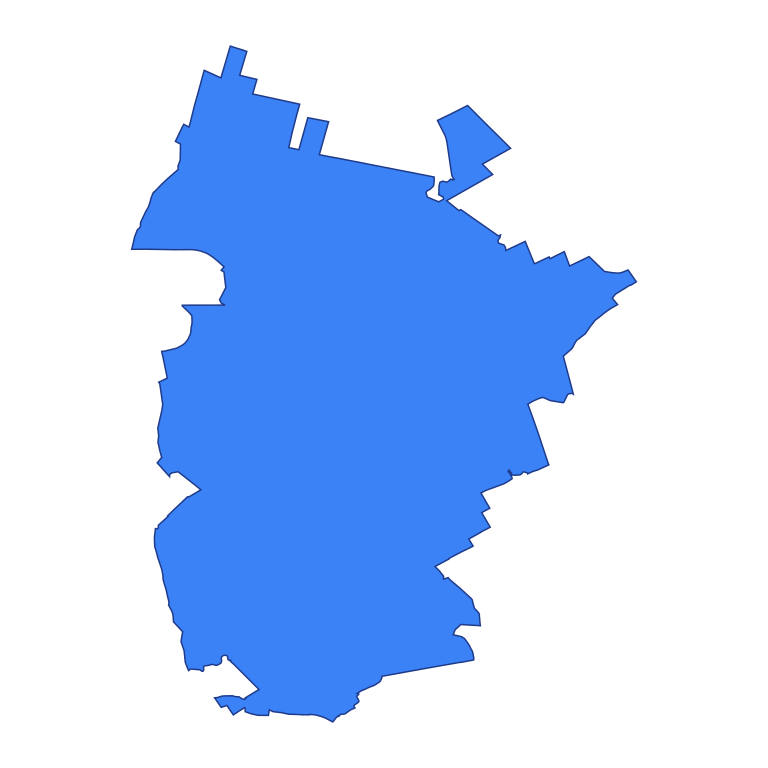 the district of Moftin, Satu Mare, Romania
{"feature_id": "2599482B73580136773052", "entity_name": "Moftin", "entity_type": "district", "adm_level": 2, "iso_a3": "ROU", "parent_name": "Romania", "parent_adm1": "Satu Mare", "projection": "equal_earth", "projection_center": [22.624, 47.677], "detail": "fine", "context": "isolated", "style": "filled", "palette": "blue", "viewbox_px": 768, "rotation_deg": 0, "n_neighbors": 0, "source": "geoboundaries", "source_scale": "gbopen_adm2", "svg_char_len": 6100}
<svg xmlns="http://www.w3.org/2000/svg" viewBox="0 0 768 768"><path d="M355.5,707.7L355.0,707.7L354.6,707.4L354.3,707.0L354.1,706.6L354.1,705.9L354.2,705.3L354.5,704.9L358.0,702.6L358.7,701.8L358.9,701.3L358.8,700.6L356.6,696.3L358.7,694.4L358.7,694.0L358.5,693.4L357.3,693.3L361.1,690.9L365.3,689.1L370.3,686.8L372.3,686.2L375.7,684.5L379.6,681.9L380.2,681.2L381.7,678.4L381.9,676.3L425.0,668.5L461.4,662.1L461.4,662.3L473.6,660.0L473.8,659.6L473.7,657.6L472.7,652.4L472.0,650.5L470.9,648.8L469.5,645.7L467.2,642.2L464.4,638.4L463.2,637.9L462.4,637.1L461.7,636.7L453.2,634.8L454.9,630.3L455.5,629.2L456.3,628.7L459.6,625.7L460.8,624.4L461.9,624.6L480.4,625.7L479.9,622.1L479.6,617.9L479.3,615.5L479.4,614.9L479.3,614.2L479.0,613.5L478.4,612.5L477.4,611.4L476.0,609.8L474.5,608.5L472.6,601.8L472.5,600.5L471.9,599.3L470.8,598.1L460.4,588.6L450.0,579.8L448.1,577.6L443.7,579.1L443.3,577.7L443.7,576.8L443.3,575.7L441.4,573.6L439.7,571.2L437.0,568.5L435.0,566.5L449.3,558.8L449.3,558.2L461.4,551.9L472.9,546.3L472.6,545.7L472.8,545.6L468.8,539.0L480.8,532.3L480.9,532.0L490.2,527.2L481.7,512.6L489.8,508.2L487.2,503.9L481.0,493.0L485.9,490.4L503.8,483.8L506.3,482.5L512.0,478.9L512.1,478.2L511.9,477.5L511.3,475.6L510.2,474.5L510.0,474.1L509.9,473.0L509.8,472.7L509.4,472.4L508.1,471.9L508.0,471.7L508.6,470.6L509.1,470.0L510.2,471.4L511.9,474.4L512.5,474.9L513.7,475.2L515.2,475.2L518.8,475.0L520.5,474.7L522.0,473.4L522.9,472.2L523.4,471.9L524.0,471.9L527.3,472.8L527.6,473.9L532.5,471.6L537.9,469.9L548.9,464.8L548.1,463.1L538.7,434.7L533.9,420.9L528.1,404.8L527.8,404.2L533.0,401.1L539.7,398.2L542.4,397.5L543.0,397.5L544.4,398.0L550.3,400.6L563.2,402.7L563.7,402.4L563.9,402.1L567.4,395.0L568.1,394.2L569.5,393.7L571.3,393.4L572.0,393.4L573.3,394.2L571.7,387.8L563.3,356.2L571.7,348.8L572.4,348.0L575.3,342.3L575.8,341.7L576.3,340.9L577.3,339.8L579.7,338.1L581.7,336.5L582.6,335.9L583.0,335.4L585.1,334.0L587.8,330.1L588.7,329.0L589.4,327.7L591.0,325.5L592.8,323.4L595.1,320.3L600.5,316.2L603.3,313.8L606.8,311.2L610.7,308.5L617.6,304.6L612.3,298.2L615.4,294.2L628.7,285.9L631.4,284.9L636.3,281.8L628.1,270.0L622.3,272.3L619.6,273.0L617.0,273.1L610.9,272.5L604.4,271.4L589.1,256.6L569.6,266.0L564.3,251.6L550.0,258.7L549.1,256.9L535.0,263.6L534.3,263.6L525.2,241.4L505.8,250.5L505.7,249.0L505.5,247.6L504.1,245.1L502.7,244.5L500.6,243.9L499.3,243.4L498.5,242.7L498.1,241.7L498.0,240.9L498.4,239.8L500.0,237.5L500.5,235.0L498.5,236.0L473.0,218.2L462.9,211.0L460.7,209.6L458.9,210.6L446.6,200.7L492.7,174.5L482.4,164.1L510.6,148.3L489.1,127.0L467.6,105.5L448.3,115.2L437.5,120.4L437.5,120.6L444.9,135.2L446.2,138.7L447.1,143.3L451.5,173.3L452.0,175.8L452.5,176.8L453.2,178.2L454.2,179.4L452.8,180.0L452.3,179.6L451.4,179.5L450.9,179.1L450.6,179.1L449.0,180.9L446.9,182.2L442.6,181.2L440.0,182.3L439.8,182.9L439.4,184.2L439.0,186.9L438.9,192.3L438.7,194.7L442.9,196.9L443.5,198.0L443.6,198.6L443.6,198.9L443.1,199.5L438.7,201.8L427.5,197.2L426.1,193.3L426.1,192.8L426.7,191.2L427.1,190.9L429.9,189.4L431.0,188.5L433.1,186.4L433.5,185.8L433.7,185.3L434.2,180.9L434.1,177.0L336.4,157.9L336.3,158.0L319.3,154.7L328.6,121.7L307.8,117.7L298.9,149.7L288.8,147.6L292.0,133.2L296.8,114.6L299.7,104.2L252.7,94.0L256.9,79.4L239.7,75.3L246.8,51.4L230.3,46.1L220.9,77.9L204.2,70.3L197.6,94.5L194.6,105.0L190.1,123.2L188.9,127.1L183.8,124.3L181.8,128.0L175.4,141.4L180.5,144.1L180.2,160.0L179.0,163.5L178.1,165.8L178.0,166.7L178.3,169.4L168.6,177.8L164.7,181.4L161.1,184.8L156.7,189.5L153.2,192.8L152.8,193.6L151.1,198.0L150.6,199.8L150.1,202.0L148.6,206.5L147.3,209.0L146.2,210.6L140.6,222.4L140.4,226.1L140.2,226.9L139.8,227.5L137.3,230.0L135.9,233.5L134.6,236.9L132.2,247.5L131.7,249.3L144.7,249.2L174.6,249.7L190.4,249.6L194.2,249.8L196.7,250.2L200.2,250.9L205.0,252.6L207.2,253.5L209.8,255.1L212.9,257.2L217.3,260.8L222.9,265.8L224.1,266.8L221.2,270.3L224.0,272.0L224.4,275.8L225.8,287.6L219.9,299.1L219.5,299.6L221.1,302.9L224.4,304.8L224.5,305.1L182.3,305.2L182.3,306.0L188.5,311.9L191.2,315.0L191.8,315.9L191.9,316.7L192.1,322.8L191.1,328.0L190.8,331.6L190.4,334.0L188.1,339.0L187.0,340.6L185.4,342.6L183.3,344.5L181.0,345.9L176.6,348.2L165.1,351.0L161.7,351.4L162.2,354.1L162.5,354.8L167.3,378.1L158.7,382.2L159.8,383.9L162.7,404.2L162.6,405.5L161.9,410.2L157.8,428.1L157.8,428.7L158.0,429.7L158.7,436.1L158.0,441.3L158.1,442.0L158.1,442.9L159.7,450.1L161.5,456.9L161.8,457.5L161.3,457.9L157.2,462.9L161.7,467.8L166.0,472.7L169.6,476.6L169.6,474.6L171.7,472.9L177.9,471.8L178.3,471.9L194.1,484.3L200.9,489.8L189.0,496.8L188.5,496.7L188.0,497.0L187.5,496.8L173.6,510.0L167.7,515.8L168.2,516.3L158.4,525.2L158.2,528.0L157.6,528.7L155.4,528.6L154.9,533.5L154.4,537.0L154.5,541.8L154.8,547.1L156.2,551.3L157.7,557.3L161.7,569.2L163.0,575.8L163.0,576.6L162.9,577.4L163.4,580.7L166.4,590.7L167.2,594.9L168.9,601.7L168.9,602.6L168.9,603.9L168.6,605.0L172.0,611.6L172.7,613.7L173.1,616.2L173.5,621.8L182.6,631.7L181.3,639.8L181.1,641.8L183.5,648.9L184.1,650.8L185.3,662.3L187.8,668.9L188.7,670.6L190.4,669.2L191.0,669.0L199.8,669.8L201.9,671.2L202.3,671.4L202.7,671.3L203.1,671.1L203.5,670.6L203.7,670.2L203.6,666.7L203.7,666.4L204.1,666.0L204.5,665.9L208.9,665.3L211.8,664.4L213.9,664.7L215.8,665.3L216.7,665.3L217.8,664.9L219.4,664.1L220.9,663.1L221.5,661.6L221.6,660.8L221.3,658.3L221.7,656.7L222.4,656.1L223.2,655.6L224.1,655.4L225.5,655.3L226.3,655.4L227.4,656.1L227.6,656.7L227.7,658.5L228.0,659.4L228.9,660.2L230.2,660.4L230.7,660.3L230.4,661.3L233.6,664.1L259.0,689.5L245.2,697.9L245.8,698.4L244.7,699.4L242.7,699.0L240.7,698.0L239.0,696.8L235.1,696.6L232.5,695.8L225.0,695.9L221.9,696.1L217.2,697.6L214.6,697.8L221.2,707.4L226.9,705.5L233.3,714.9L239.0,711.1L245.3,707.2L245.0,707.5L245.0,708.1L245.2,711.7L251.5,713.9L258.0,715.3L268.4,715.4L269.3,709.9L272.8,711.5L273.3,711.7L281.9,712.7L288.5,714.2L298.0,714.5L303.1,714.8L309.4,714.8L309.5,714.4L313.9,714.7L316.7,715.2L321.2,716.5L325.3,718.0L332.6,721.9L333.1,721.7L335.7,718.2L338.1,715.9L338.7,716.4L340.8,714.2L343.0,714.2L344.0,714.1L345.5,713.6L348.1,711.6L350.9,709.7L355.5,707.7Z" fill="#3b82f6" stroke="#1e3a8a" stroke-width="1.5"/></svg>